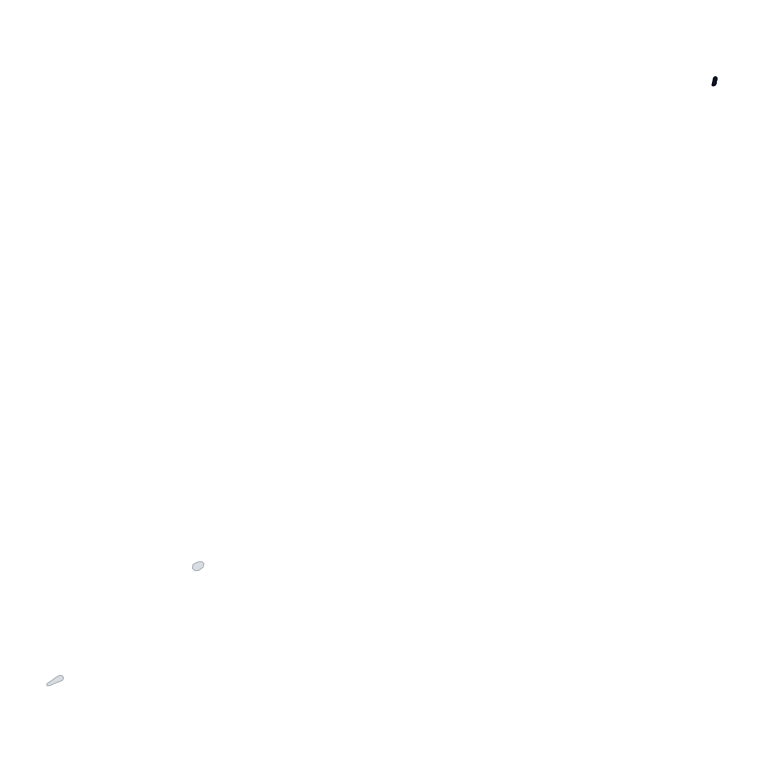 Foammulah, Maldives (highlighted), rotated 227°
{"feature_id": "70690204B71388549423545", "entity_name": "Foammulah", "entity_type": "district", "adm_level": 2, "iso_a3": "MDV", "parent_name": "Maldives", "parent_adm1": "", "projection": "equal_earth", "projection_center": [73.424, -0.376], "detail": "fine", "context": "in_parent", "style": "filled", "palette": "ink", "viewbox_px": 768, "rotation_deg": 227, "n_neighbors": 0, "source": "geoboundaries", "source_scale": "gbopen_adm2", "svg_char_len": 1194}
<svg xmlns="http://www.w3.org/2000/svg" viewBox="0 0 768 768"><g transform="rotate(227 384 384)"><path d="M392.2,-52.0L389.7,-50.2L387.4,-50.9L386.6,-53.2L387.8,-56.6L389.7,-61.0L391.1,-65.7L393.0,-68.2L394.6,-67.4L394.4,-64.7L393.7,-61.1L393.2,-56.4L392.2,-52.0ZM378.4,129.6L375.4,129.9L373.4,126.6L373.9,121.8L376.3,118.4L380.0,118.2L382.2,121.2L381.1,125.9L378.4,129.6Z" fill="#d9dde1" stroke="#a8b0b8" stroke-width="1"/><path d="M381.4,836.2L381.9,836.1L382.3,836.0L382.7,835.7L382.8,835.3L382.9,834.9L382.9,834.3L382.8,833.8L382.6,833.3L382.3,832.9L382.1,832.7L381.7,832.3L381.4,831.9L381.2,831.5L380.9,831.1L380.7,830.8L380.4,830.5L380.2,830.1L379.9,829.7L379.7,829.3L379.5,829.1L379.4,828.8L379.2,828.5L379.1,828.3L378.9,828.1L378.7,827.9L378.5,828.0L378.3,828.0L378.1,828.0L377.9,828.0L377.6,828.2L377.4,828.5L377.3,828.8L377.2,829.1L377.1,829.4L377.0,829.6L377.0,829.9L376.9,830.1L377.0,830.4L377.0,830.6L377.1,831.0L377.2,831.3L377.4,831.8L377.7,832.2L377.9,832.4L378.3,832.7L378.5,832.8L378.7,833.0L378.9,833.4L379.1,833.7L379.2,834.2L379.4,834.5L379.6,834.9L379.9,835.3L380.2,835.6L380.5,835.9L380.9,836.1L381.4,836.2Z" fill="#0f172a" stroke="#020617" stroke-width="1.5"/></g></svg>